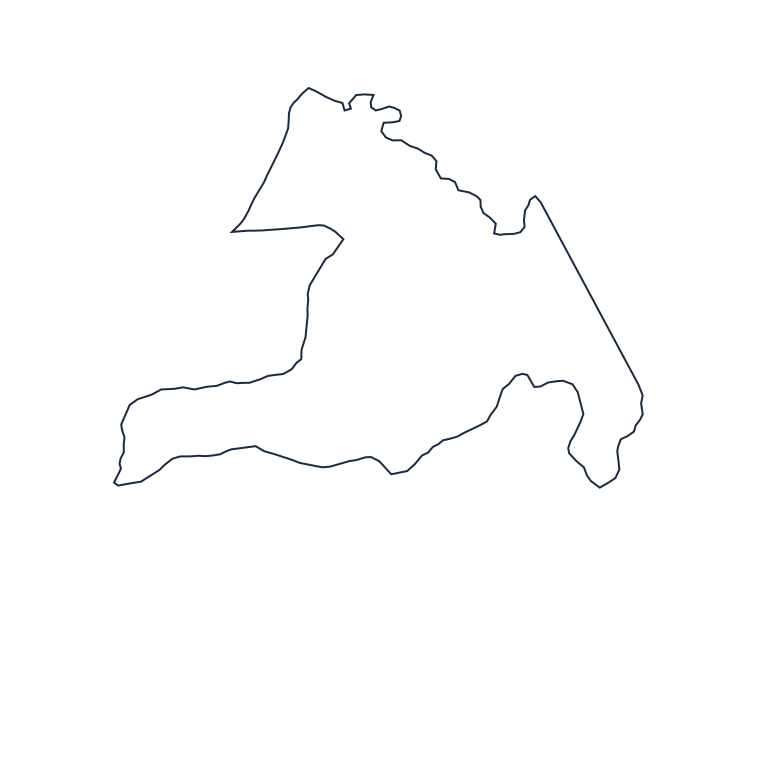 Governador Luiz Rocha, Maranhão, Brazil, rotated 37°
{"feature_id": "56859067B14597495707649", "entity_name": "Governador Luiz Rocha", "entity_type": "district", "adm_level": 2, "iso_a3": "BRA", "parent_name": "Brazil", "parent_adm1": "Maranhão", "projection": "orthographic", "projection_center": [-44.107, -5.572], "detail": "fine", "context": "isolated", "style": "outline", "palette": "slate", "viewbox_px": 768, "rotation_deg": 37, "n_neighbors": 0, "source": "geoboundaries", "source_scale": "gbopen_adm2", "svg_char_len": 2685}
<svg xmlns="http://www.w3.org/2000/svg" viewBox="0 0 768 768"><g transform="rotate(37 384 384)"><path d="M597.4,237.4L587.8,231.5L399.8,144.6L391.7,142.9L389.8,149.0L391.7,154.2L392.2,160.5L397.3,169.1L401.8,174.0L401.5,180.8L397.3,186.0L391.1,191.0L386.6,195.2L381.3,197.5L376.8,188.7L368.4,187.4L360.6,187.6L354.5,184.2L350.3,179.0L345.0,178.3L336.8,179.7L326.8,184.5L319.2,180.0L312.5,181.1L305.7,185.6L296.2,181.5L291.7,174.4L284.4,172.9L277.6,174.9L269.4,175.6L261.3,178.3L251.0,179.0L244.4,184.2L237.2,186.0L229.7,183.7L226.5,175.6L233.3,169.9L238.1,164.6L236.3,159.5L231.9,156.2L226.0,157.3L221.2,159.2L216.7,165.7L212.8,170.5L207.2,170.7L203.8,167.0L201.7,159.5L194.1,164.5L187.9,169.9L187.2,180.8L191.8,184.0L187.9,189.3L181.7,184.6L174.5,187.4L165.0,189.6L153.2,191.2L145.7,193.0L143.8,201.6L143.6,208.4L142.6,213.7L142.9,219.4L145.2,225.0L149.9,231.8L153.6,237.6L156.5,247.0L158.3,253.4L161.0,266.1L165.2,288.5L166.7,294.8L167.4,300.7L168.6,313.3L170.1,321.0L171.4,326.5L172.9,336.3L172.8,342.5L172.0,348.2L171.1,354.0L178.8,347.2L183.5,343.1L188.8,339.1L194.6,334.4L210.8,320.3L223.3,309.0L236.0,296.7L240.6,293.6L248.1,292.1L253.4,291.7L264.4,292.8L264.9,305.2L265.1,311.3L262.1,319.2L263.7,335.2L265.3,350.1L268.9,358.0L272.8,362.3L277.3,369.6L282.1,375.7L288.2,385.8L293.0,393.5L297.6,406.4L303.0,414.0L301.4,419.3L301.4,427.7L297.4,436.8L291.2,442.6L286.4,447.4L282.5,454.4L275.8,464.0L271.4,467.4L265.8,472.1L259.4,474.7L256.2,478.8L251.5,486.2L244.4,492.6L235.8,502.5L225.5,507.6L219.4,514.1L209.4,522.4L204.8,532.4L196.4,544.5L193.5,553.8L198.5,574.5L202.5,578.4L209.0,582.9L212.4,588.8L217.3,595.1L218.5,602.1L220.8,606.8L224.9,610.0L226.4,617.9L227.7,625.1L232.8,625.1L241.9,615.3L248.7,608.2L256.5,587.5L257.4,580.9L259.9,571.2L264.9,564.4L272.7,558.5L279.1,552.9L285.1,548.9L290.3,544.1L295.4,538.8L298.0,533.5L301.2,528.3L318.9,510.9L328.7,509.8L337.4,506.4L356.1,500.0L364.0,497.8L378.5,490.8L385.2,487.4L390.8,482.3L402.9,466.2L407.6,461.5L413.4,453.6L417.5,450.2L426.6,448.5L444.1,451.7L454.9,439.6L456.8,429.7L457.4,418.1L460.6,412.0L460.8,405.0L463.6,399.4L465.0,393.5L469.8,387.8L474.2,381.9L477.3,374.9L485.2,359.7L488.8,351.9L487.7,344.8L487.7,334.3L483.8,322.9L481.8,316.4L483.8,308.8L484.1,298.4L488.3,292.7L493.0,290.5L505.8,295.9L510.4,291.9L514.2,284.0L520.7,277.4L525.1,273.6L534.7,270.8L543.7,274.0L561.3,288.0L563.8,296.4L566.6,309.7L567.4,317.6L569.7,324.3L573.6,327.9L584.2,329.8L593.7,330.2L601.3,335.0L607.7,337.0L618.7,336.9L622.5,328.0L625.4,319.8L623.4,310.5L610.5,297.0L608.3,292.2L606.4,285.5L609.6,279.6L612.3,271.7L610.0,265.5L610.0,258.5L608.9,252.6L601.0,244.7L597.4,237.4Z" fill="none" stroke="#1e293b" stroke-width="2"/></g></svg>